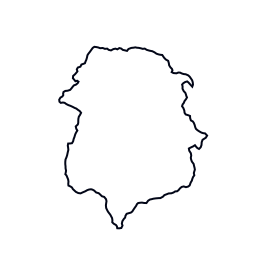 Comercinho, Minas Gerais, Brazil, rotated 65°
{"feature_id": "56859067B55549255445639", "entity_name": "Comercinho", "entity_type": "district", "adm_level": 2, "iso_a3": "BRA", "parent_name": "Brazil", "parent_adm1": "Minas Gerais", "projection": "albers", "projection_center": [-41.766, -16.287], "detail": "fine", "context": "isolated", "style": "outline", "palette": "ink", "viewbox_px": 256, "rotation_deg": 65, "n_neighbors": 0, "source": "geoboundaries", "source_scale": "gbopen_adm2", "svg_char_len": 3445}
<svg xmlns="http://www.w3.org/2000/svg" viewBox="0 0 256 256"><g transform="rotate(65 128 128)"><path d="M168.3,59.5L165.5,60.4L164.4,62.1L163.2,63.4L161.4,64.7L159.3,66.0L157.4,66.8L155.6,66.7L153.3,66.3L151.1,66.2L149.4,66.5L147.7,67.8L145.3,67.5L143.3,66.7L141.8,68.1L140.1,70.0L138.1,70.3L136.0,69.6L133.4,69.4L131.1,69.8L129.7,68.5L128.9,66.9L127.5,65.4L126.3,63.1L125.2,61.6L123.6,61.6L122.0,61.3L120.2,61.2L118.3,61.9L115.5,62.0L113.2,60.9L111.5,60.6L110.8,59.0L110.5,56.8L110.8,54.7L112.2,54.0L114.5,53.3L117.7,52.3L116.2,50.8L113.9,50.0L111.9,49.7L109.4,50.1L107.6,50.4L105.7,51.2L103.7,53.0L102.6,54.8L101.3,56.2L99.8,57.4L99.0,59.0L98.9,61.0L97.4,63.6L95.8,64.8L94.5,63.3L92.9,63.2L91.0,63.9L88.6,64.2L86.5,63.6L84.1,63.2L81.9,64.8L79.5,65.6L76.3,66.1L75.2,67.9L74.2,69.2L72.7,70.8L70.6,72.0L68.7,73.5L67.1,75.7L65.1,78.0L63.1,79.3L62.5,81.2L61.1,82.8L59.9,84.4L59.0,86.0L58.0,87.3L57.6,88.9L56.8,91.2L56.6,94.2L57.7,96.3L56.3,98.0L55.0,99.7L53.1,100.6L51.9,102.1L52.2,104.4L50.8,105.8L50.3,107.9L50.5,110.6L49.0,112.5L47.3,113.3L46.5,115.5L44.8,117.1L43.9,119.5L42.3,121.1L41.2,122.6L40.2,124.2L40.5,126.1L41.6,128.1L42.8,130.2L43.9,132.4L44.9,134.0L46.8,135.4L48.6,137.0L49.6,138.2L51.1,139.7L51.0,141.3L50.8,143.4L52.3,145.2L52.0,147.9L53.2,149.6L55.3,149.9L56.0,151.3L56.9,153.3L57.6,155.7L59.6,156.9L61.6,156.3L63.4,155.9L63.7,154.1L65.1,153.3L66.1,154.6L66.7,156.8L66.5,159.0L67.2,160.6L68.1,162.3L69.0,164.3L68.7,166.9L67.9,169.2L68.1,171.2L69.3,172.2L70.9,172.8L71.7,174.2L71.9,176.4L73.3,178.4L75.2,179.0L76.8,178.3L77.4,176.2L78.4,174.8L80.2,173.8L81.9,172.5L83.7,170.7L85.6,169.1L87.2,167.9L88.6,166.6L90.4,165.7L92.2,164.6L94.4,164.1L95.8,165.9L97.0,167.8L98.7,169.1L100.4,170.0L102.3,170.9L103.6,172.0L104.5,174.7L106.8,175.2L108.9,175.0L110.0,176.7L111.0,178.0L112.2,179.2L113.5,180.3L114.9,181.8L116.9,183.4L118.1,185.2L117.6,186.9L116.8,188.8L118.5,190.0L120.6,190.6L122.6,191.3L124.6,192.9L127.0,194.7L128.7,196.3L130.1,197.9L132.1,199.1L134.2,200.1L136.3,200.8L138.1,201.6L140.5,202.2L142.0,203.2L143.4,204.3L145.0,203.8L147.3,203.9L149.3,204.0L151.4,204.6L153.3,205.7L155.0,206.3L156.9,204.7L158.3,203.9L160.0,203.8L162.0,203.0L163.9,202.2L165.9,200.6L167.2,198.6L167.2,196.2L167.3,193.5L167.1,191.2L167.3,189.3L167.9,187.4L168.9,186.2L170.4,185.1L173.0,184.1L174.7,182.1L176.6,181.3L178.8,180.5L180.4,178.7L183.2,178.0L185.2,178.4L186.7,179.4L188.7,180.7L191.3,181.6L193.2,181.6L195.3,181.5L197.3,181.1L199.0,180.7L200.7,180.6L202.9,180.5L205.0,181.1L206.8,182.1L208.7,181.4L210.8,179.9L212.5,179.6L214.3,180.1L215.2,178.4L215.8,176.3L214.1,174.2L212.1,174.0L210.1,172.5L208.6,170.1L208.0,168.5L206.5,167.4L205.2,165.5L205.5,163.4L205.9,161.2L205.5,159.4L204.4,157.7L203.2,155.7L201.9,153.4L200.8,152.1L200.3,150.5L200.8,148.8L201.5,146.9L202.9,144.9L203.8,143.0L202.4,140.5L202.1,138.3L202.5,136.6L202.8,134.9L203.5,132.6L204.3,130.4L205.2,128.2L205.0,125.3L204.2,123.4L204.4,120.7L204.5,118.8L205.5,116.3L205.7,114.0L205.4,112.1L206.1,110.2L205.7,108.5L204.7,106.5L204.1,104.3L204.5,102.2L206.1,100.5L206.5,98.3L206.1,96.4L203.9,94.2L202.7,92.4L201.2,91.1L199.9,89.7L198.9,87.9L196.7,87.4L195.3,86.2L194.0,85.0L192.2,84.5L190.5,84.2L188.3,83.7L185.4,84.3L183.2,84.1L181.6,83.7L179.6,82.3L177.4,81.7L174.5,82.1L172.3,81.5L172.2,79.5L172.2,76.8L171.9,74.6L173.7,74.2L175.5,73.6L177.0,72.5L176.2,70.3L174.5,68.6L172.0,67.2L170.2,65.4L169.7,61.6L168.3,59.5Z" fill="none" stroke="#020617" stroke-width="2"/></g></svg>